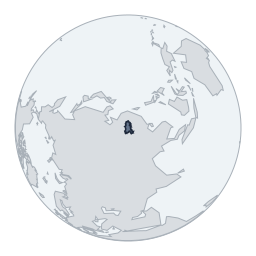 Hubei on an orthographic globe, rotated 251°
{"feature_id": "CHN-1807", "entity_name": "Hubei", "entity_type": "Province", "adm_level": 1, "iso_a3": "CHN", "parent_name": "China", "parent_adm1": "", "projection": "orthographic", "projection_center": [112.208, 31.166], "detail": "fine", "context": "on_globe", "style": "filled", "palette": "slate", "viewbox_px": 256, "rotation_deg": 251, "n_neighbors": 0, "source": "natural_earth", "source_scale": "10m", "svg_char_len": 13688}
<svg xmlns="http://www.w3.org/2000/svg" viewBox="0 0 256 256"><g transform="rotate(251 128 128)"><circle cx="128" cy="128" r="113" fill="#eef3f6" stroke="#a8b0b8"/><path d="M228.2,175.8L228.0,176.4L228.0,176.6L228.2,175.8ZM197.7,39.5L190.9,34.9L190.7,34.5L188.6,33.3L188.8,33.9L189.4,34.7L182.5,33.8L181.9,38.5L185.4,42.1L181.7,40.0L191.0,48.5L193.1,53.8L188.4,46.6L186.1,45.1L186.4,47.9L184.1,46.9L183.0,47.9L180.2,46.6L177.7,42.9L175.9,42.1L176.2,44.2L173.7,44.5L173.5,41.5L169.0,41.8L164.0,36.3L165.8,30.5L160.7,27.5L156.5,22.1L154.6,22.1L151.7,20.4L148.5,19.8L148.6,19.3L145.9,19.3L146.4,20.0L145.4,20.3L143.5,20.1L143.4,19.2L144.3,19.2L143.3,18.9L144.0,18.6L142.6,18.6L142.6,17.9L139.8,18.4L137.5,17.6L138.3,17.2L141.8,17.5L152.4,18.4L154.3,18.6L153.4,18.3L151.6,17.9L159.9,20.0L168.0,22.7L175.9,26.0L183.5,30.0L190.7,34.5L197.7,39.5ZM138.6,15.9L138.9,15.9L137.4,15.8L137.4,16.0L133.5,15.7L129.7,15.5L129.5,15.4L129.2,15.4L138.6,15.9ZM127.0,15.4L124.9,15.4L123.5,15.4L127.0,15.4ZM234.5,94.7L233.6,92.8L234.0,93.0L234.5,94.7ZM233.1,92.3L233.4,92.8L233.2,92.5L233.1,92.3ZM233.0,92.6L233.1,92.4L233.1,92.9L233.0,92.6ZM232.9,93.3L232.9,92.8L233.0,93.0L232.9,93.3ZM232.5,93.7L232.3,93.7L232.2,93.0L232.5,93.7ZM190.0,35.2L189.0,34.1L189.7,34.0L190.8,35.0L190.0,35.2ZM188.4,35.9L187.3,34.9L189.8,35.9L189.6,36.1L188.4,35.9ZM188.5,45.0L188.1,43.6L189.3,45.4L188.5,45.0ZM183.3,48.2L184.1,49.0L183.2,49.2L183.3,48.2ZM139.5,16.2L138.5,16.1L139.0,16.1L139.5,16.2ZM140.5,16.4L141.9,16.5L142.5,16.7L141.7,16.6L140.5,16.4ZM178.1,47.5L176.3,47.7L177.7,46.8L178.1,47.5ZM138.6,16.4L143.5,16.9L144.7,17.2L142.4,17.4L138.6,16.4ZM175.0,47.4L170.6,48.3L172.1,50.0L165.4,46.0L171.3,46.4L172.8,44.9L173.3,46.5L175.0,47.4ZM147.4,20.3L146.8,19.6L149.0,20.4L147.4,20.3ZM149.1,20.8L157.4,23.4L157.4,24.5L154.6,23.3L155.9,25.1L151.8,24.3L150.1,23.2L151.0,22.5L148.8,22.8L149.1,20.8ZM162.4,43.7L161.0,43.5L162.0,43.1L162.4,43.7ZM145.1,20.5L146.8,20.8L146.9,21.8L143.6,21.3L144.6,21.1L145.1,20.5ZM158.3,26.1L157.8,26.8L154.3,26.4L153.6,26.7L151.7,24.4L158.3,26.1ZM143.6,20.8L141.8,21.1L140.1,20.5L143.5,20.2L143.6,20.8ZM148.4,22.3L148.2,22.7L147.2,22.3L148.4,22.3ZM132.9,18.9L134.9,19.1L135.1,19.5L132.9,18.9ZM141.3,21.2L141.9,21.4L142.2,21.7L140.7,21.8L141.3,21.2ZM149.4,24.4L148.0,24.1L150.0,25.2L147.5,25.1L146.6,23.7L145.9,24.3L145.1,24.2L145.4,23.2L149.4,24.4ZM140.1,22.7L138.2,21.2L134.4,20.6L134.1,20.1L140.3,21.1L140.1,22.7ZM143.2,23.0L141.2,22.7L141.8,22.1L143.6,22.1L143.2,23.0ZM146.0,25.6L150.1,26.1L150.2,26.4L146.0,25.6ZM138.9,22.6L139.4,23.0L138.5,22.6L138.9,22.6ZM143.7,24.7L145.1,24.8L145.1,25.2L143.7,24.7ZM139.1,23.8L138.5,23.2L139.7,23.1L139.1,23.8ZM141.1,24.3L140.8,24.7L140.5,23.4L141.8,24.3L141.1,24.3ZM143.5,25.0L143.9,25.3L142.9,24.9L143.5,25.0ZM135.1,24.7L134.4,23.0L137.0,22.7L137.3,24.3L135.1,24.7ZM45.0,51.9L44.1,52.8L40.6,59.3L39.6,61.1L36.4,64.4L30.9,76.7L33.4,75.2L32.0,84.4L33.4,88.4L40.3,81.7L38.0,74.9L41.2,69.9L45.9,72.0L48.4,78.5L49.8,76.8L51.2,69.8L54.9,68.7L52.1,67.2L50.9,69.8L49.1,69.0L50.1,66.7L51.3,66.4L51.4,63.9L45.4,66.9L43.6,69.7L42.0,66.0L38.9,70.6L37.3,71.0L42.1,63.5L44.0,61.8L50.4,52.6L48.2,53.9L42.1,62.9L42.6,61.4L39.7,63.8L42.4,60.7L49.6,51.0L50.3,48.2L45.7,51.2L46.6,50.2L55.2,42.1L57.9,39.9L53.8,44.2L56.2,42.6L61.6,38.3L59.9,40.1L61.6,39.0L60.5,40.7L63.5,40.4L63.1,42.1L68.6,39.6L69.1,40.2L65.7,41.4L63.1,43.3L62.5,48.1L63.7,48.3L67.3,46.4L66.7,48.2L70.3,45.8L72.1,48.0L72.9,43.5L77.2,41.7L80.7,41.9L82.2,40.6L76.6,40.3L74.2,40.9L71.9,42.7L65.6,44.4L64.8,43.4L72.0,38.9L71.7,37.1L77.4,34.8L89.2,36.5L91.9,38.7L87.1,46.2L84.0,46.6L84.1,43.9L80.0,48.0L82.3,46.9L81.8,48.5L85.7,47.5L85.6,48.7L89.6,46.0L89.9,47.3L87.3,48.9L93.4,49.1L95.0,51.7L96.5,51.2L97.6,50.0L99.0,54.3L100.0,53.8L99.9,52.1L101.9,50.1L105.9,48.4L106.2,50.0L104.7,50.8L102.2,55.2L98.4,57.4L98.9,57.9L102.3,56.4L105.4,51.0L107.7,49.6L106.7,52.0L107.3,51.0L108.5,50.8L110.0,52.2L111.3,49.5L124.7,46.1L128.9,48.8L126.5,51.1L136.1,51.5L140.1,55.1L140.0,53.5L144.6,53.0L143.4,51.8L143.7,51.0L154.9,50.0L157.7,51.3L162.5,49.6L162.4,48.9L160.6,47.8L165.4,46.0L172.1,50.0L171.8,51.4L176.2,53.2L175.0,56.4L176.0,60.1L172.1,62.9L173.3,65.8L174.9,66.3L177.6,70.8L177.7,79.2L170.7,70.5L169.1,58.9L169.1,63.3L167.0,61.8L165.8,63.2L166.0,66.5L167.3,67.2L157.0,71.3L153.3,80.3L158.6,80.0L161.6,83.0L162.1,94.5L150.9,109.6L154.8,114.9L154.8,118.3L150.9,120.2L150.8,115.2L147.2,113.3L147.7,110.4L141.5,112.3L141.9,108.3L136.9,112.0L138.4,115.4L143.8,114.9L139.2,120.3L144.1,126.3L144.3,133.1L134.7,144.3L125.4,147.1L124.7,149.1L121.3,146.4L116.3,150.0L122.5,162.3L122.2,165.5L114.3,170.8L114.2,168.4L105.0,161.1L103.0,168.6L110.0,176.0L112.4,183.5L106.9,180.5L104.5,173.8L101.3,171.0L102.3,164.5L100.0,153.8L94.5,154.6L95.1,150.6L91.1,141.0L83.3,141.7L70.8,149.2L68.7,159.1L64.5,162.1L60.3,145.2L61.2,134.7L57.9,134.3L55.0,123.3L45.1,116.4L45.2,113.2L43.0,113.1L41.2,108.2L41.9,103.2L40.1,101.8L38.5,115.1L40.6,116.6L44.5,114.5L43.5,118.6L45.4,124.3L37.8,129.8L25.6,127.6L26.9,119.7L30.9,93.7L32.2,92.0L32.4,91.7L32.6,91.2L30.3,93.8L31.9,89.0L27.0,105.6L25.0,111.8L25.4,127.8L24.7,128.4L25.6,132.4L31.6,135.5L31.0,137.8L26.6,146.0L20.6,152.8L22.9,164.0L25.0,171.9L24.6,172.6L21.6,165.1L19.2,157.3L17.4,149.5L16.2,141.5L15.5,133.4L15.4,125.3L15.9,117.2L16.9,109.2L18.6,101.3L20.8,93.5L23.5,85.9L26.8,78.5L30.6,71.4L34.9,64.5L39.7,58.0L45.0,51.9ZM48.5,90.2L51.7,94.1L54.8,87.4L56.3,88.5L56.8,86.0L55.0,86.9L56.9,80.4L59.9,80.6L61.9,78.1L60.9,76.7L55.0,77.5L52.2,86.7L49.6,88.0L48.5,90.2ZM72.1,32.4L70.3,33.7L68.5,34.3L69.1,33.0L71.6,32.0L72.1,32.4ZM68.0,35.5L75.0,31.9L75.0,32.8L73.8,32.8L73.1,33.8L71.0,34.2L64.1,38.9L62.1,39.9L64.3,36.5L64.7,36.9L66.5,35.5L68.0,35.5ZM93.0,23.6L96.0,22.7L91.9,25.7L89.6,26.2L90.0,24.7L93.0,23.3L93.0,23.6ZM133.6,16.8L135.0,16.8L135.0,17.0L133.9,17.1L133.6,16.8ZM133.8,18.9L127.4,17.2L128.7,17.0L123.4,16.6L124.8,16.1L128.2,16.3L125.3,15.8L128.9,15.8L126.5,15.5L133.9,16.1L137.0,16.4L133.0,16.3L131.7,16.7L132.0,16.9L135.4,17.9L141.5,18.9L141.1,19.8L139.2,20.1L137.7,20.0L138.4,19.4L135.9,19.7L135.8,18.8L133.8,18.9ZM117.6,27.4L119.0,26.1L113.9,27.7L113.8,26.3L113.2,26.6L111.6,25.9L108.8,25.5L109.2,24.9L107.9,25.1L106.9,24.7L105.2,24.7L105.4,23.7L103.4,23.7L104.7,23.2L101.2,23.7L103.9,22.9L102.8,22.5L100.7,23.5L106.0,18.9L106.2,18.1L104.8,18.0L109.7,17.1L114.1,16.8L117.6,17.2L116.7,18.3L119.1,17.9L119.4,18.3L117.4,18.5L120.7,18.6L120.4,19.0L123.5,20.3L128.3,20.4L129.6,21.0L127.6,21.2L130.2,21.7L127.2,22.5L128.1,23.0L126.0,24.5L121.5,24.9L122.8,25.4L121.3,26.8L117.6,27.4ZM134.4,25.1L129.2,25.4L126.5,25.0L131.3,22.6L131.0,22.0L133.9,20.8L137.7,21.6L136.5,21.9L136.3,22.3L135.2,21.9L135.8,22.6L134.2,23.0L134.3,23.7L132.5,23.6L134.4,25.1ZM40.6,60.8L40.2,61.9L40.1,63.0L38.3,64.7L40.6,60.8ZM45.5,54.1L45.4,54.6L42.8,57.3L43.2,56.4L45.5,54.1ZM47.7,52.8L45.6,54.5L47.0,53.0L47.7,52.8ZM65.9,41.9L66.1,42.4L65.3,43.0L64.1,43.3L65.9,41.9ZM102.4,33.0L103.7,32.1L104.3,32.2L108.2,31.1L108.6,32.2L106.4,33.3L102.4,33.0ZM38.6,81.9L36.9,82.3L37.3,80.9L37.8,81.0L38.6,81.9ZM36.6,73.0L36.0,76.0L36.1,73.4L36.6,73.0ZM103.5,34.0L105.1,33.3L104.3,34.3L103.5,34.0ZM109.1,32.9L108.6,34.0L109.1,32.2L109.1,32.9ZM77.0,228.4L79.3,229.6L78.0,228.9L77.0,228.4ZM32.3,180.0L35.4,190.9L33.2,188.4L30.6,183.6L27.9,176.1L29.6,176.6L29.8,174.0L32.3,180.0ZM141.1,201.1L144.5,201.5L144.4,201.9L141.1,201.1ZM137.5,199.6L141.4,199.8L136.8,200.5L137.5,199.6ZM142.9,199.8L147.0,199.0L148.7,198.3L148.4,199.2L142.9,199.8ZM134.8,199.6L120.4,198.6L114.7,197.0L116.0,195.6L125.2,196.8L134.8,199.6ZM115.5,195.5L106.9,189.9L95.4,174.3L99.5,175.3L111.6,185.5L110.8,186.8L116.0,191.0L115.5,195.5ZM136.5,188.6L135.7,192.8L127.7,192.0L124.1,191.1L121.6,185.5L123.0,182.8L126.0,183.1L137.6,174.0L141.6,176.5L138.0,180.5L141.3,184.4L136.5,188.6ZM69.1,160.2L71.1,167.0L68.9,167.2L69.1,160.2ZM142.4,167.2L137.6,171.4L142.0,165.7L142.4,167.2ZM145.1,161.6L145.3,163.9L143.5,161.7L145.1,161.6ZM124.5,152.3L121.4,152.6L121.4,150.9L125.4,149.6L124.5,152.3ZM144.4,138.8L144.2,143.8L143.5,145.4L142.2,142.4L144.4,138.8ZM109.4,44.4L103.4,44.5L99.5,45.8L97.7,48.2L97.7,45.1L103.8,43.1L109.4,44.4ZM122.8,45.6L124.3,43.9L125.4,44.8L125.2,45.3L122.8,45.6ZM122.5,44.5L121.2,42.1L123.2,41.3L123.8,43.3L122.5,44.5ZM112.1,37.5L110.3,37.4L111.0,36.6L112.1,37.5ZM173.5,229.5L173.9,228.1L178.2,226.7L175.9,228.5L173.5,229.5ZM207.4,207.9L209.1,206.0L208.1,207.2L207.4,207.9ZM159.5,225.3L137.3,230.8L132.6,230.3L134.0,228.6L130.0,222.8L131.6,222.9L130.8,218.7L143.9,214.7L153.4,206.6L160.6,206.6L166.1,200.3L173.3,199.8L171.0,204.7L178.4,206.3L183.9,195.3L187.8,204.9L192.9,206.9L193.7,212.0L182.8,223.2L177.1,226.2L176.2,225.9L173.7,227.2L170.2,227.7L168.8,225.7L166.3,226.9L168.9,224.5L165.3,226.9L163.6,225.5L159.5,225.3ZM211.1,195.0L212.1,194.7L213.4,195.4L211.9,196.0L211.1,195.0ZM225.8,179.9L226.0,180.2L225.1,181.3L225.8,179.9ZM228.0,176.6L226.9,178.0L228.2,175.8L228.0,176.6ZM216.8,186.5L217.2,186.9L216.8,187.3L216.8,186.5ZM216.4,186.6L217.0,185.2L216.9,186.3L216.4,186.6ZM212.1,183.3L212.7,182.4L213.0,182.8L212.1,183.3ZM149.6,201.4L154.5,198.1L157.1,197.7L149.6,201.4ZM211.3,182.5L209.8,183.0L210.0,182.4L211.3,182.5ZM211.4,181.0L211.3,180.3L212.2,181.8L211.4,181.0ZM208.6,180.3L210.4,181.1L208.4,180.6L208.6,180.3ZM207.4,181.0L206.1,180.8L206.2,180.5L207.4,181.0ZM191.8,186.8L196.9,190.6L192.7,191.6L188.0,189.5L184.3,193.2L175.8,194.2L177.8,192.0L176.7,189.3L167.9,189.3L166.1,187.5L169.2,185.9L163.4,184.9L169.8,183.4L172.4,187.1L176.0,183.6L182.2,183.4L188.2,183.6L192.9,185.4L191.8,186.8ZM169.8,192.1L170.9,192.0L169.9,193.2L169.8,192.1ZM203.5,179.6L205.5,180.8L205.2,181.3L204.3,181.4L203.5,179.6ZM194.1,184.5L199.2,180.0L200.4,179.7L197.0,184.2L194.1,184.5ZM198.0,178.2L200.3,178.0L201.6,179.5L201.1,180.1L198.0,178.2ZM156.7,189.5L156.5,190.6L154.8,189.9L156.7,189.5ZM158.9,188.8L163.9,189.6L158.4,189.7L158.9,188.8ZM143.6,185.3L145.1,188.0L149.7,186.2L146.2,188.7L149.4,192.9L148.3,194.5L145.1,190.0L144.0,194.7L142.0,194.6L140.9,190.6L142.9,185.5L145.0,183.4L153.4,182.4L143.6,185.3ZM158.8,185.6L157.5,182.5L158.5,180.4L159.9,182.0L158.8,185.6ZM153.6,175.1L150.1,171.5L146.9,172.9L153.4,167.6L155.7,172.0L153.6,175.1ZM150.6,167.0L147.6,168.3L150.7,165.2L150.6,167.0ZM146.8,167.0L146.5,164.4L148.9,164.7L146.8,167.0ZM152.2,167.0L152.8,162.5L154.0,165.1L152.2,167.0ZM145.6,158.4L150.6,162.8L144.0,160.9L143.8,152.1L146.6,151.9L145.6,158.4ZM161.7,121.8L161.0,119.2L163.6,118.5L163.3,120.5L161.7,121.8ZM171.3,114.6L164.0,117.5L158.1,120.1L159.9,121.2L158.6,125.7L155.8,121.6L160.0,116.6L164.5,115.5L165.2,111.8L168.5,109.1L167.7,104.5L169.2,102.5L171.2,106.4L171.3,114.6ZM167.2,102.6L167.2,94.6L172.0,95.5L173.1,97.4L171.1,100.7L168.7,100.0L167.2,102.6ZM168.5,93.0L166.2,92.4L161.1,81.0L161.3,78.9L167.7,87.6L165.8,87.5L166.2,90.3L168.5,93.0ZM161.5,44.3L161.1,43.6L162.2,44.2L161.5,44.3ZM143.0,50.4L143.6,49.5L144.9,50.1L143.0,50.4ZM146.1,47.3L144.1,47.2L146.1,46.6L146.1,47.3ZM139.7,47.3L143.2,46.9L140.0,48.3L139.7,47.3Z" fill="#d9dde1" stroke="#a8b0b8" stroke-width="1"/><path d="M124.3,128.6L124.5,128.6L124.5,128.3L124.5,128.1L124.6,127.9L124.5,127.7L124.2,127.3L123.9,127.2L123.7,126.9L123.7,126.7L123.7,126.4L123.8,126.2L123.7,126.1L123.7,125.9L123.5,125.7L123.6,125.2L123.8,125.1L124.0,125.1L124.4,125.2L124.5,125.1L124.6,124.9L124.5,124.7L124.3,124.6L124.2,124.5L123.9,124.5L124.0,124.4L124.0,124.2L123.8,124.1L123.7,124.1L123.6,123.9L123.8,123.8L124.0,123.9L124.3,123.9L124.6,123.9L124.6,124.0L124.8,124.1L125.1,124.0L125.2,123.9L125.3,123.9L125.3,124.0L125.5,124.1L125.8,124.0L125.9,123.9L126.0,123.9L126.0,124.0L126.3,124.3L126.4,124.5L126.6,124.7L126.7,124.9L126.8,125.0L127.0,125.1L127.3,125.3L127.6,125.4L127.7,125.5L127.8,125.5L128.0,125.6L128.4,125.7L128.5,125.6L128.9,125.7L129.1,125.6L129.3,125.6L129.5,125.6L129.8,125.7L130.0,125.8L130.3,125.7L130.5,125.5L130.6,125.8L130.6,126.0L130.6,126.4L130.7,126.5L130.8,126.6L130.9,126.8L131.0,126.8L131.2,126.6L131.4,126.7L131.5,126.8L131.8,126.8L131.9,127.0L132.0,127.2L132.2,127.3L132.3,127.3L132.5,127.3L132.8,127.3L132.9,127.1L133.0,127.1L133.0,127.3L133.2,127.5L133.3,127.5L133.3,127.4L133.3,127.6L133.5,127.7L133.6,127.8L133.8,127.8L134.0,128.0L134.3,128.1L134.4,128.3L134.2,128.4L134.2,128.5L134.0,128.8L134.1,129.0L134.3,129.2L134.3,129.3L134.2,129.4L134.2,129.5L134.3,129.6L134.5,129.7L134.6,130.1L134.7,130.3L134.7,130.5L134.3,130.7L134.2,130.7L133.7,130.5L133.5,130.8L133.4,130.9L133.2,131.0L133.2,130.9L132.9,130.9L133.0,131.0L132.9,131.2L132.7,131.1L132.5,131.3L132.4,131.5L132.3,131.4L132.2,131.5L131.9,131.6L131.7,131.6L131.5,131.8L131.3,131.8L131.2,131.8L130.9,132.1L130.7,132.0L130.5,131.9L130.4,131.8L130.4,131.7L130.5,131.5L130.6,131.4L130.5,131.2L130.5,130.9L130.4,130.9L130.4,130.6L130.2,130.6L129.7,131.2L129.6,131.3L129.4,131.4L129.4,131.2L129.3,131.3L129.2,131.3L129.2,131.1L129.4,130.9L129.4,130.7L129.2,130.9L129.2,130.7L129.0,130.8L128.9,130.9L128.8,131.0L128.6,131.0L128.4,131.0L128.1,131.2L128.0,130.9L127.9,131.0L127.9,130.9L127.5,130.6L127.4,130.5L127.2,130.4L127.1,130.5L126.9,130.5L126.8,130.4L126.6,130.4L126.4,130.2L126.0,130.2L125.8,130.2L125.6,130.1L125.4,130.2L125.2,130.2L125.1,130.3L125.0,130.5L125.2,130.8L124.9,130.9L124.8,131.0L124.7,130.9L124.5,130.7L124.4,130.7L123.9,130.8L123.7,130.9L123.7,131.0L123.4,131.0L123.2,131.2L123.2,131.3L123.1,131.5L122.9,131.7L122.9,131.8L122.9,132.0L122.6,131.8L122.5,131.6L122.4,131.5L122.4,131.4L122.3,131.2L122.3,130.9L122.1,130.8L122.0,130.7L121.9,130.5L121.7,130.7L121.7,130.4L121.8,130.2L121.7,129.9L121.8,129.7L121.6,129.5L121.5,129.4L121.6,129.2L121.9,129.2L122.0,129.1L122.4,129.1L122.5,129.0L122.8,129.1L123.0,129.0L123.3,129.0L123.4,128.9L123.5,129.0L123.6,128.9L123.7,128.7L123.8,128.6L124.1,128.5L124.3,128.6Z" fill="#64748b" stroke="#1e293b" stroke-width="1.5"/></g></svg>